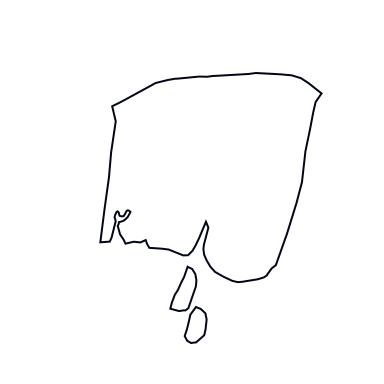 Idid 03, Palau, rotated 19°
{"feature_id": "81905179B3672705563325", "entity_name": "Idid 03", "entity_type": "district", "adm_level": 2, "iso_a3": "PLW", "parent_name": "Palau", "parent_adm1": "", "projection": "robinson", "projection_center": [134.485, 7.342], "detail": "fine", "context": "isolated", "style": "outline", "palette": "ink", "viewbox_px": 384, "rotation_deg": 19, "n_neighbors": 0, "source": "geoboundaries", "source_scale": "gbopen_adm2", "svg_char_len": 1813}
<svg xmlns="http://www.w3.org/2000/svg" viewBox="0 0 384 384"><g transform="rotate(19 192 192)"><path d="M282.4,56.6L277.2,54.8L266.7,51.1L257.9,48.9L248.5,49.2L237.4,51.9L213.4,58.8L206.8,62.1L181.2,72.6L174.0,75.5L168.8,78.1L161.0,80.6L141.7,89.4L139.0,90.5L132.6,94.0L122.1,100.8L115.7,107.9L94.9,130.6L88.6,136.9L96.9,150.0L102.6,180.7L108.7,205.1L114.8,236.3L121.7,269.4L130.4,265.7L130.8,261.1L129.6,247.2L129.4,244.5L128.1,242.5L127.0,241.1L126.8,238.8L127.2,235.5L127.8,234.6L128.4,234.6L129.4,235.3L130.2,236.6L131.2,238.0L132.4,238.1L133.9,237.8L135.3,236.9L136.0,233.6L136.3,231.3L137.3,230.2L138.7,230.2L140.3,230.9L139.9,233.6L139.3,236.7L138.1,239.2L136.8,241.3L135.0,242.8L132.7,244.3L133.1,245.9L132.8,248.1L133.2,248.8L137.7,255.4L143.3,259.7L145.9,262.5L149.9,260.0L153.1,258.0L159.6,256.5L163.9,252.5L166.4,255.7L169.8,258.7L181.6,255.5L188.6,254.0L204.4,254.8L208.9,253.0L211.6,247.4L212.7,241.9L213.7,233.6L214.9,215.6L219.1,220.4L220.4,237.7L221.3,242.1L223.8,247.2L228.1,251.9L233.6,256.6L239.9,260.1L249.8,261.9L259.1,262.9L264.7,262.3L268.6,260.6L282.6,253.1L287.6,249.5L290.1,246.2L290.1,245.3L292.2,238.3L295.1,233.8L295.4,200.3L294.4,168.6L292.8,147.0L286.0,116.6L283.1,93.7L280.7,77.3L279.6,66.7L282.4,56.6ZM209.5,309.4L218.5,308.8L222.9,306.5L224.2,306.2L226.4,303.1L226.4,279.9L224.9,274.0L223.9,272.2L221.9,268.6L219.5,266.6L217.2,264.7L213.4,264.3L212.2,264.1L212.2,274.9L211.9,277.0L211.4,280.2L210.8,287.2L210.7,288.7L209.2,295.0L209.1,299.8L209.0,303.4L209.5,309.4ZM235.3,299.6L233.2,299.4L230.4,308.5L231.4,317.6L231.7,321.0L231.9,323.2L232.0,330.6L235.9,334.2L240.2,335.1L244.9,332.8L246.2,330.5L248.0,327.3L250.2,323.5L250.0,321.7L249.6,317.8L248.4,312.5L247.4,307.9L244.1,302.3L239.4,300.2L238.2,299.7L235.3,299.6Z" fill="none" stroke="#020617" stroke-width="2"/></g></svg>